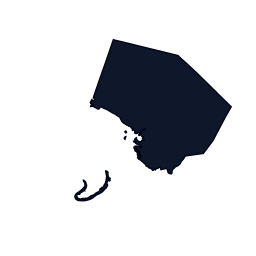 the district of East Malaita, Malaita, Solomon Islands, rotated 134°
{"feature_id": "97153195B67887401050589", "entity_name": "East Malaita", "entity_type": "district", "adm_level": 2, "iso_a3": "SLB", "parent_name": "Solomon Islands", "parent_adm1": "Malaita", "projection": "albers", "projection_center": [160.97, -8.778], "detail": "fine", "context": "isolated", "style": "filled", "palette": "ink", "viewbox_px": 256, "rotation_deg": 134, "n_neighbors": 0, "source": "geoboundaries", "source_scale": "gbopen_adm2", "svg_char_len": 5942}
<svg xmlns="http://www.w3.org/2000/svg" viewBox="0 0 256 256"><g transform="rotate(134 128 128)"><path d="M94.0,56.2L78.0,58.2L51.9,65.8L41.1,68.5L41.0,88.6L40.9,88.7L40.7,115.8L40.9,130.8L41.2,137.2L41.2,142.3L74.7,199.8L98.4,188.7L102.9,186.7L129.9,174.2L130.7,171.7L132.5,171.7L133.1,172.7L132.7,173.6L135.8,172.8L136.2,171.8L135.5,170.4L136.2,170.4L136.0,169.5L135.4,169.6L135.1,169.1L136.3,168.5L137.7,170.2L138.4,169.8L137.4,169.0L136.5,167.8L136.1,166.6L136.2,166.1L136.0,165.6L135.4,164.3L135.5,163.5L135.1,162.7L134.7,162.3L133.9,162.2L133.3,162.3L132.8,162.6L132.3,162.5L131.9,162.3L131.4,161.8L130.6,159.3L129.2,155.7L128.0,150.3L126.7,145.8L126.4,143.0L126.0,142.8L125.9,142.6L126.0,141.2L127.3,137.6L127.5,136.5L127.5,134.7L127.0,132.7L126.8,131.2L126.0,129.6L125.9,129.1L126.1,128.6L125.6,128.0L125.3,127.3L125.6,125.8L125.4,124.9L125.1,124.6L125.1,124.4L125.5,124.0L126.3,123.6L126.4,123.1L125.6,123.0L125.5,121.9L125.2,121.5L125.2,121.0L125.4,120.7L125.3,120.2L126.0,120.4L126.3,120.3L126.7,120.0L126.8,119.7L126.8,119.0L126.3,118.3L125.2,117.6L124.3,117.6L123.5,117.4L123.1,116.4L122.3,116.3L121.4,116.5L120.7,117.1L120.5,116.8L119.8,116.7L119.3,116.4L118.0,116.2L117.6,116.0L116.2,114.8L116.4,114.6L117.6,115.2L118.9,114.7L120.3,115.4L120.8,115.3L122.1,115.6L123.0,115.6L124.4,115.9L125.1,115.7L125.3,115.3L125.6,115.3L125.6,114.9L125.2,114.4L124.0,114.0L123.3,114.0L123.2,113.2L123.6,112.7L124.2,112.4L124.4,112.1L124.2,111.5L123.9,111.2L124.4,110.8L125.2,110.5L125.5,110.2L125.5,109.1L125.2,108.5L125.4,107.9L125.8,108.1L126.1,108.6L127.4,109.4L128.1,109.1L128.5,109.2L129.0,109.0L129.5,109.6L129.7,110.0L130.3,110.4L130.1,110.7L130.1,111.0L130.7,112.4L130.1,113.7L130.0,114.4L129.4,114.9L129.3,115.3L131.1,115.3L131.2,115.2L131.7,115.1L131.8,115.0L131.8,114.7L131.7,114.5L131.4,114.6L131.3,114.3L131.0,113.3L131.1,112.8L133.7,114.7L133.9,114.1L133.4,113.1L133.6,112.5L133.6,111.5L133.1,109.4L132.8,109.1L132.7,108.8L132.3,108.6L132.5,108.1L131.8,105.3L132.0,105.1L132.8,105.1L133.5,105.6L133.5,106.5L134.5,108.3L135.2,109.4L135.5,109.5L136.0,110.2L136.3,110.2L136.8,109.3L137.1,107.4L137.1,106.1L136.8,105.2L137.0,104.5L136.9,103.8L137.5,102.4L137.8,102.3L138.5,101.4L138.8,100.5L140.1,99.1L139.9,98.2L140.1,98.1L140.7,98.9L140.9,99.3L140.8,99.7L140.3,100.5L139.3,100.6L138.9,100.8L138.1,102.4L138.9,102.7L139.6,103.3L140.0,103.3L140.3,103.0L140.5,102.8L140.4,102.5L140.7,102.5L140.8,102.1L140.9,101.5L141.4,101.3L141.4,101.1L141.8,100.8L142.3,100.7L142.4,100.4L142.7,100.3L142.9,99.8L142.9,98.5L142.3,98.2L142.6,98.1L142.6,97.7L142.4,97.6L142.4,96.5L142.2,95.7L142.4,94.8L142.2,94.4L142.0,93.6L142.1,93.2L142.0,92.6L142.2,92.3L142.0,90.8L142.3,89.9L142.4,88.7L142.6,88.6L142.6,88.2L142.4,88.0L142.3,87.4L142.0,87.0L142.1,86.5L141.8,86.0L142.1,85.3L141.8,85.0L141.8,84.5L141.5,84.3L141.4,83.5L141.0,83.2L141.0,82.2L141.3,81.5L141.2,80.7L140.7,80.4L139.9,80.4L139.5,80.2L139.1,79.9L139.0,79.2L138.5,79.2L138.3,79.5L137.8,79.6L136.4,78.8L136.3,78.6L134.5,78.1L134.2,77.8L134.1,76.5L134.8,75.9L135.0,75.3L132.3,73.6L130.7,72.7L130.4,71.5L130.6,70.5L131.5,69.3L132.2,68.0L132.1,67.0L131.0,65.1L130.4,64.9L127.9,66.7L126.6,67.0L123.1,66.9L119.8,65.8L117.4,65.7L115.2,66.5L112.1,66.6L108.6,67.3L107.5,66.8L94.0,56.2ZM215.3,115.7L214.8,113.6L211.9,110.2L211.0,109.3L208.9,107.7L206.2,106.1L205.0,105.5L203.0,104.9L198.3,104.2L197.2,103.9L195.8,103.2L194.4,102.8L191.2,102.1L188.9,102.3L186.9,102.2L186.3,102.0L185.2,102.4L184.1,102.6L183.3,103.1L183.0,103.5L183.1,104.0L182.0,105.2L181.7,105.4L179.5,106.1L178.4,106.8L178.2,107.2L177.7,106.9L177.9,107.3L177.6,107.4L177.5,107.9L175.8,109.6L174.9,110.8L174.1,111.4L173.5,112.5L174.2,113.3L174.2,114.1L174.4,114.2L177.5,109.8L180.9,107.3L183.5,105.9L185.7,105.5L186.2,105.2L187.3,104.9L189.4,105.0L188.9,105.3L189.0,105.5L189.4,105.4L189.7,105.0L190.2,105.5L191.1,105.8L191.6,105.4L191.6,105.2L191.8,105.1L192.0,105.2L192.4,104.7L193.3,104.7L195.9,105.2L196.0,105.4L195.6,105.3L195.7,105.5L197.5,105.9L197.8,105.7L200.2,106.3L202.3,107.2L202.3,107.4L202.4,107.5L202.6,107.6L202.8,107.4L203.0,107.3L207.0,108.6L207.7,109.2L208.1,109.9L208.6,109.7L208.6,110.0L208.8,110.0L209.3,110.1L209.7,110.5L209.6,111.1L210.0,111.4L210.1,111.2L209.9,111.0L209.9,110.7L210.1,110.7L210.2,111.2L210.5,111.1L210.8,111.4L211.1,111.6L211.1,112.0L210.9,111.9L210.8,111.7L210.9,112.1L211.2,112.3L211.6,112.2L211.9,112.4L212.3,113.1L212.6,113.5L212.7,114.0L213.2,114.2L213.6,114.7L213.4,114.7L213.5,115.2L213.3,115.3L213.4,115.5L213.3,116.2L212.9,116.5L213.0,117.3L212.5,117.9L211.5,118.3L210.7,118.3L209.5,117.0L209.4,117.2L209.8,117.6L209.6,117.7L209.8,118.0L209.7,118.1L209.4,118.0L208.6,117.1L208.3,117.1L208.2,117.4L206.8,117.1L206.6,116.9L206.4,117.1L205.8,116.6L204.2,116.4L204.0,116.6L203.6,116.1L203.6,116.4L203.4,116.4L203.1,116.1L201.2,116.3L199.7,116.9L197.9,118.0L197.2,119.6L196.5,120.7L196.2,121.6L196.3,122.1L196.4,123.5L196.5,123.7L197.1,123.0L197.5,121.3L198.0,120.3L199.0,119.2L200.0,118.5L202.3,118.3L204.0,118.3L207.6,118.8L210.8,119.5L212.3,119.4L213.9,118.8L214.2,118.6L214.9,117.5L215.3,116.3L215.3,115.7ZM139.5,106.9L139.3,106.2L138.7,105.8L137.9,105.9L137.6,106.2L137.3,108.1L137.4,109.0L137.1,109.8L137.4,110.4L137.6,110.3L137.8,110.0L138.3,109.6L138.1,109.0L137.7,108.8L138.9,108.1L139.5,106.9ZM138.3,122.8L138.2,122.4L135.8,123.6L136.1,123.8L136.5,123.9L137.7,123.7L138.1,123.4L138.3,122.8ZM138.8,103.1L138.6,102.7L138.0,102.8L137.9,103.6L137.3,104.2L137.4,104.4L138.2,104.6L138.5,104.4L138.8,103.7L138.8,103.1ZM179.1,104.9L178.9,104.6L178.3,104.4L178.0,105.0L177.8,105.0L176.9,105.7L177.0,105.9L176.7,106.2L176.8,106.4L176.8,106.7L177.2,106.3L177.3,106.0L177.6,105.5L177.9,105.4L178.5,105.6L179.0,105.3L179.1,104.9ZM133.1,126.4L132.3,126.0L131.7,127.3L132.0,127.6L132.7,127.7L132.9,127.5L132.9,127.2L133.1,126.4ZM139.3,104.6L139.0,104.2L138.7,104.2L138.5,104.7L138.6,105.0L138.9,105.1L139.2,104.9L139.3,104.6Z" fill="#0f172a" stroke="#020617" stroke-width="1.5"/></g></svg>